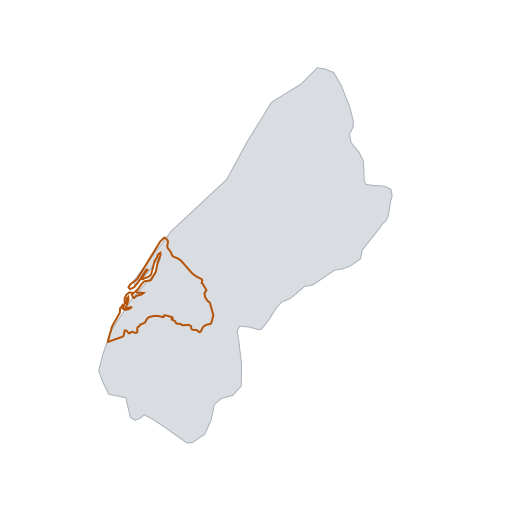 location of Usulután within El Salvador, rotated 111°
{"feature_id": "SLV-1354", "entity_name": "Usulután", "entity_type": "Department", "adm_level": 1, "iso_a3": "SLV", "parent_name": "El Salvador", "parent_adm1": "", "projection": "mercator", "projection_center": [-88.42, 13.427], "detail": "fine", "context": "in_parent", "style": "outline", "palette": "amber", "viewbox_px": 512, "rotation_deg": 111, "n_neighbors": 0, "source": "natural_earth", "source_scale": "10m", "svg_char_len": 3773}
<svg xmlns="http://www.w3.org/2000/svg" viewBox="0 0 512 512"><g transform="rotate(111 256 256)"><path d="M180.6,149.5L184.8,150.3L212.7,159.0L221.0,157.3L231.6,164.4L236.6,170.0L241.1,177.6L263.1,192.9L266.8,199.6L283.2,208.6L289.9,215.5L296.9,218.4L310.6,221.0L322.4,224.7L323.8,227.2L324.9,237.5L327.4,246.1L333.0,246.7L339.8,242.5L361.8,230.9L382.7,223.2L394.5,227.8L401.5,237.4L409.4,241.7L425.9,239.1L440.9,240.0L452.7,248.4L455.4,253.2L448.2,281.2L445.6,293.1L444.3,303.3L448.6,305.9L452.7,309.8L451.8,315.3L438.9,324.2L434.9,326.5L437.8,343.8L428.3,354.2L419.5,361.7L404.0,363.7L377.8,364.5L338.3,356.0L309.2,344.5L293.5,344.4L298.5,348.2L310.9,350.7L327.2,358.8L322.5,361.1L263.3,344.1L194.8,310.7L153.8,305.4L106.9,296.6L79.2,275.5L58.4,266.3L56.6,258.3L56.8,249.4L66.2,237.5L83.8,221.5L95.5,213.2L101.0,211.6L108.7,212.4L116.1,207.8L122.4,196.7L129.1,189.6L146.0,182.4L149.8,179.5L148.5,173.4L144.8,161.3L145.4,153.9L150.9,150.5L157.5,149.8L171.2,146.9L177.2,147.5L180.6,149.5Z" fill="#d9dde1" stroke="#a8b0b8" stroke-width="1"/><path d="M389.1,363.3L387.6,363.9L373.2,365.1L357.7,362.8L353.7,364.1L351.6,363.4L349.1,362.8L349.1,361.7L352.9,361.5L353.2,358.9L351.2,355.6L348.1,353.5L348.8,354.8L350.8,357.6L351.5,359.3L345.5,359.1L342.6,359.4L340.0,360.5L341.7,361.2L343.0,361.0L344.5,360.5L346.9,360.5L346.9,361.7L343.0,363.4L338.7,363.2L335.4,361.2L334.3,357.0L336.0,357.7L336.6,358.1L338.9,355.8L338.9,354.7L336.1,353.4L332.9,349.0L330.8,347.7L331.4,350.2L332.3,352.2L332.8,354.0L332.1,355.8L329.6,354.4L322.6,352.6L319.5,351.0L316.8,346.1L315.5,345.3L313.5,345.1L308.0,344.0L305.6,344.0L298.8,345.3L289.4,345.5L287.3,346.4L288.5,347.3L289.7,348.0L290.9,348.2L292.0,347.7L296.7,348.8L310.1,347.4L311.6,347.6L313.7,348.8L314.9,349.9L317.0,352.4L318.4,353.5L318.4,354.7L315.3,354.2L313.0,353.8L308.0,352.3L308.0,353.5L321.7,356.3L328.9,358.6L332.1,361.7L330.9,363.8L327.9,363.3L324.6,361.5L322.4,359.9L319.9,358.6L276.8,350.6L271.7,348.2L271.6,347.8L272.3,345.4L273.5,343.7L275.5,342.9L278.8,342.4L280.3,341.2L281.3,339.3L282.9,337.0L285.8,334.1L286.2,332.9L286.4,327.6L286.9,325.5L287.6,323.6L295.2,309.1L296.6,304.1L297.0,298.8L297.9,297.5L300.7,297.0L300.9,296.0L305.7,290.0L309.3,290.8L312.7,288.7L315.2,285.3L316.1,282.3L326.6,274.6L333.4,273.8L335.4,273.9L336.4,275.2L337.8,277.4L339.0,278.5L340.4,279.6L341.7,280.0L345.8,280.5L346.8,280.8L347.4,281.3L347.4,281.8L346.6,284.0L346.5,284.5L346.5,285.0L346.8,286.5L347.3,287.7L347.5,288.4L347.6,289.0L347.5,289.4L347.3,289.9L347.1,290.2L346.8,290.5L346.5,290.7L345.6,291.0L345.2,291.2L344.9,291.5L344.7,291.9L344.6,292.4L344.5,292.9L344.5,293.9L344.6,294.4L344.7,294.8L346.7,299.1L347.0,299.8L347.0,300.2L346.6,301.5L346.6,302.2L346.7,303.1L347.4,305.4L347.5,306.0L347.4,306.4L347.2,306.8L346.3,307.7L346.0,308.0L345.8,308.4L345.7,308.9L345.6,309.4L345.7,310.4L345.6,311.5L345.4,312.0L345.2,312.2L344.9,312.2L344.6,312.0L344.4,311.7L344.2,311.6L343.6,311.6L343.4,311.9L343.2,312.3L343.2,312.8L343.2,313.3L343.5,315.6L343.5,316.7L344.1,319.9L344.3,320.4L344.5,320.6L344.8,320.6L345.6,320.4L346.2,320.6L346.5,321.0L346.6,321.6L346.6,322.7L346.7,323.7L346.9,325.0L347.8,328.1L348.7,329.9L350.4,332.6L351.5,334.1L351.9,334.3L352.2,334.6L353.5,335.1L354.3,335.4L357.6,335.7L358.4,336.2L359.2,336.9L360.7,338.6L361.4,339.3L361.9,339.6L362.3,339.6L362.8,339.6L363.2,339.8L363.6,340.0L364.2,340.6L364.5,340.8L365.0,340.9L365.4,341.0L365.9,341.0L366.4,340.9L367.2,340.5L368.8,339.7L369.3,339.6L370.0,339.7L370.6,340.3L370.9,340.8L371.0,341.4L371.1,341.9L371.1,344.4L371.5,345.0L372.1,345.5L373.2,346.1L373.6,346.7L373.7,347.1L372.5,349.4L372.3,350.0L372.2,350.5L372.2,351.4L372.5,351.7L373.0,351.8L377.5,351.1L378.0,351.1L378.5,351.2L378.9,351.4L389.1,363.3Z" fill="none" stroke="#b45309" stroke-width="2"/></g></svg>